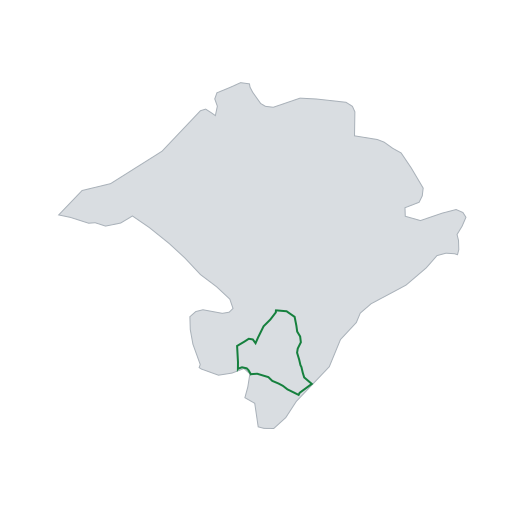 where Berane sits in Montenegro, rotated 99°
{"feature_id": "MNE-1509", "entity_name": "Berane", "entity_type": "Municipality", "adm_level": 1, "iso_a3": "MNE", "parent_name": "Montenegro", "parent_adm1": "", "projection": "albers", "projection_center": [19.918, 42.855], "detail": "fine", "context": "in_parent", "style": "outline", "palette": "green", "viewbox_px": 512, "rotation_deg": 99, "n_neighbors": 0, "source": "natural_earth", "source_scale": "10m", "svg_char_len": 1846}
<svg xmlns="http://www.w3.org/2000/svg" viewBox="0 0 512 512"><g transform="rotate(99 256 256)"><path d="M223.2,57.2L222.7,60.2L223.5,68.8L227.3,77.3L241.1,86.0L261.3,103.3L285.1,134.8L296.1,144.1L306.0,146.5L325.3,159.5L338.8,162.7L353.9,166.3L393.2,193.4L410.9,201.3L423.6,211.5L425.0,221.1L424.4,227.1L401.7,234.2L397.7,244.8L386.7,243.6L373.3,243.6L369.0,250.3L375.4,261.4L379.6,274.4L376.2,292.3L375.1,294.7L371.9,294.1L353.0,304.5L339.0,309.4L326.3,311.8L320.3,306.8L317.4,300.0L317.9,280.3L315.7,273.7L311.4,270.5L302.7,275.1L292.5,290.2L283.1,307.9L268.9,326.2L257.2,343.8L244.5,366.0L235.8,384.3L244.6,394.8L250.0,409.3L248.3,420.1L249.8,426.4L246.9,445.4L246.3,457.3L218.5,438.0L207.3,411.0L167.2,365.2L121.2,333.6L118.8,328.7L121.4,322.8L123.7,318.1L114.1,317.6L107.3,321.3L100.9,320.1L93.8,308.4L87.2,298.3L87.0,289.4L90.2,288.3L94.8,284.9L104.7,275.2L106.7,270.1L106.4,262.2L93.2,237.2L91.5,221.1L90.1,191.2L93.1,184.2L98.1,180.9L121.9,177.5L122.0,154.2L123.5,147.3L128.3,137.7L131.5,128.8L144.8,116.4L162.8,101.5L170.6,101.2L177.4,103.3L185.0,116.4L193.4,114.8L195.3,99.2L184.5,78.7L178.8,65.6L180.7,58.4L184.9,54.7L194.3,57.1L203.3,60.8L209.0,58.4L218.0,56.7L223.2,57.2Z" fill="#d9dde1" stroke="#a8b0b8" stroke-width="1"/><path d="M373.6,242.6L369.9,245.6L368.4,247.6L368.1,252.4L370.1,256.1L370.3,256.2L363.6,257.2L347.8,260.6L347.7,260.5L342.5,254.2L338.9,250.2L338.9,246.1L342.2,242.8L336.1,241.2L324.2,237.5L316.5,231.9L308.6,227.6L306.6,227.8L306.5,227.3L305.8,217.1L307.2,214.3L310.1,208.3L310.7,208.1L318.6,205.2L324.2,203.5L328.6,199.8L334.2,198.2L340.9,200.3L345.1,200.3L351.7,197.1L356.9,195.0L358.5,193.8L363.9,191.6L368.4,189.4L373.6,180.9L384.3,191.5L386.5,192.2L382.8,204.1L380.0,209.2L378.4,213.9L376.8,220.4L373.7,224.8L372.1,236.4L373.5,242.5L373.6,242.6Z" fill="none" stroke="#15803d" stroke-width="2"/></g></svg>